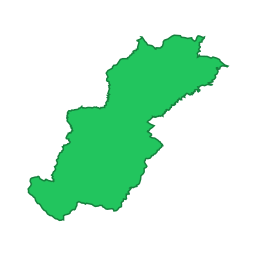 the district of Tello, Huila, Colombia, rotated 98°
{"feature_id": "7082276B21026196123050", "entity_name": "Tello", "entity_type": "district", "adm_level": 2, "iso_a3": "COL", "parent_name": "Colombia", "parent_adm1": "Huila", "projection": "robinson", "projection_center": [-75.095, 3.039], "detail": "fine", "context": "isolated", "style": "filled", "palette": "green", "viewbox_px": 256, "rotation_deg": 98, "n_neighbors": 0, "source": "geoboundaries", "source_scale": "gbopen_adm2", "svg_char_len": 5790}
<svg xmlns="http://www.w3.org/2000/svg" viewBox="0 0 256 256"><g transform="rotate(98 128 128)"><path d="M205.6,217.6L207.3,215.5L208.1,213.4L209.5,211.9L209.8,210.9L210.6,210.2L212.7,209.4L215.3,207.1L215.3,205.5L216.2,204.2L219.3,201.8L221.0,199.9L221.7,197.8L224.3,195.7L225.5,193.1L225.5,191.2L227.9,187.3L228.0,185.2L229.0,183.1L228.5,181.1L227.7,179.9L227.9,179.0L223.8,179.6L222.7,178.1L221.8,175.7L220.9,174.2L220.1,173.5L219.1,173.6L216.9,171.8L216.3,170.9L216.5,169.8L215.7,169.0L213.0,168.4L212.1,167.9L209.2,168.1L207.7,166.4L208.8,163.0L208.5,162.6L208.7,160.6L209.3,159.6L208.3,158.6L208.6,153.1L209.5,151.5L210.2,149.5L209.3,146.3L208.4,145.1L208.5,143.7L208.3,142.8L209.7,141.8L209.9,140.5L211.1,138.9L211.3,137.3L210.1,132.5L210.6,131.1L212.1,130.4L211.5,128.2L210.4,127.0L208.0,125.7L206.8,123.6L204.5,123.8L203.2,124.3L201.8,123.5L201.0,122.5L198.9,122.6L199.0,120.2L198.0,119.7L196.0,120.4L195.0,120.2L193.8,120.5L193.2,117.7L192.4,117.8L191.4,119.0L187.6,116.7L187.2,117.9L186.7,117.5L186.2,116.0L186.3,114.5L185.3,113.1L184.6,111.1L183.6,111.6L182.3,109.7L181.1,109.0L177.2,108.4L173.6,108.6L171.1,106.6L169.3,105.9L165.8,106.4L164.4,104.5L163.2,104.0L159.9,106.8L158.3,107.0L157.8,106.5L156.2,106.3L155.6,105.8L155.6,104.1L154.7,101.9L152.9,100.8L152.5,101.0L151.8,100.3L151.7,99.4L150.2,98.5L149.7,97.3L147.4,95.9L146.1,95.9L145.3,94.2L144.2,94.0L142.1,92.1L140.9,92.1L140.8,91.1L140.5,91.1L139.5,91.8L138.5,93.4L137.1,94.5L137.1,95.3L136.2,96.3L134.3,100.1L134.4,102.6L133.7,104.9L133.3,105.1L131.8,103.7L130.7,104.0L128.9,108.2L128.5,108.2L128.1,108.0L128.3,107.2L125.9,106.0L124.0,103.9L122.1,102.4L121.2,106.0L119.4,109.7L118.0,108.9L116.6,107.1L114.7,105.9L114.0,105.0L113.3,105.2L113.5,104.8L113.0,103.7L113.5,103.4L113.6,102.6L113.2,101.7L112.9,101.8L112.2,99.5L111.6,99.1L111.9,97.8L111.5,97.6L111.3,96.3L110.9,96.1L111.4,95.1L109.6,95.4L109.1,94.4L108.2,94.1L108.2,93.6L107.3,93.3L107.0,93.9L106.4,93.5L106.6,93.0L106.1,92.5L105.2,92.3L104.6,92.7L104.3,92.1L104.7,91.6L104.4,91.3L104.7,90.1L103.1,89.0L102.1,89.0L101.5,88.0L100.1,88.1L99.7,87.5L99.2,87.8L99.2,85.8L98.8,85.3L98.3,85.6L97.6,85.3L97.7,84.8L98.1,85.0L98.1,84.6L97.5,84.3L97.0,85.0L96.4,84.8L95.3,83.7L95.5,82.5L94.4,82.4L94.3,82.9L93.3,82.7L93.4,82.0L91.6,81.4L92.7,80.0L92.5,78.8L91.5,79.3L90.0,78.9L89.3,78.1L89.6,76.2L88.1,77.0L87.8,76.8L87.9,76.1L85.6,74.9L85.6,73.8L86.6,71.5L86.5,71.0L85.9,71.0L86.0,69.2L85.3,69.3L85.1,68.9L84.4,69.5L84.3,68.8L84.7,68.6L84.7,68.1L82.9,67.7L82.7,66.9L82.2,66.6L81.2,67.3L80.7,66.8L80.4,64.6L81.8,64.2L82.4,63.5L81.6,63.0L81.4,62.3L80.4,62.1L79.8,63.2L77.6,64.6L77.5,64.2L77.9,63.5L76.3,62.3L75.5,60.9L75.2,59.9L75.4,58.0L73.7,55.2L74.0,52.1L73.7,51.0L73.4,50.7L73.1,51.2L73.1,53.6L72.1,54.6L70.5,50.5L70.1,50.4L69.0,51.4L67.9,49.6L66.1,48.4L65.4,48.3L63.6,49.2L62.1,47.4L59.7,46.7L58.3,47.2L57.0,48.6L56.0,48.7L55.8,47.6L56.7,47.2L57.2,46.5L56.7,45.4L54.8,45.2L53.7,44.1L53.3,42.9L53.2,39.6L53.6,38.3L52.8,37.6L52.2,40.9L49.1,45.9L47.5,46.9L46.5,49.9L45.9,53.8L47.0,54.9L47.1,56.0L46.1,59.6L47.0,66.9L46.4,67.3L47.1,67.4L48.2,69.0L46.0,68.9L44.6,69.9L42.7,68.9L42.0,67.3L41.4,67.6L40.6,68.9L39.6,68.8L37.9,67.7L37.3,67.9L36.8,68.7L36.1,69.1L35.0,68.8L33.7,69.3L33.2,68.9L32.4,66.7L30.6,67.0L30.3,66.2L29.5,66.0L28.6,65.1L27.3,65.0L28.0,66.1L27.0,69.7L27.0,71.4L28.5,72.3L31.9,73.0L32.8,74.2L31.1,77.1L30.1,77.2L29.8,77.6L31.0,81.4L30.6,84.3L30.7,87.8L29.3,89.0L29.7,95.2L31.0,97.3L34.3,100.8L36.0,104.2L37.8,105.1L39.3,104.8L41.8,105.2L43.0,105.8L43.0,106.3L43.9,106.6L44.3,107.3L44.7,111.3L46.0,111.4L45.7,112.5L44.9,113.0L43.5,115.0L43.1,116.1L43.0,120.1L40.8,121.9L40.0,123.2L36.0,126.7L36.0,127.6L36.7,126.8L37.3,127.1L38.5,128.5L40.0,131.2L40.4,131.0L40.7,129.5L41.8,129.0L46.6,129.7L48.3,129.2L48.9,130.7L49.7,130.5L50.2,130.8L50.4,132.4L51.4,133.6L52.8,132.8L53.5,134.3L55.0,134.7L55.6,135.9L57.5,136.7L58.5,138.2L59.4,138.0L60.1,142.9L61.2,145.1L66.7,147.7L67.4,148.8L68.0,151.0L69.1,151.3L69.6,151.8L71.0,151.8L73.9,155.8L76.7,157.2L80.3,154.8L82.0,155.8L83.7,155.8L84.6,155.0L84.5,153.9L85.0,153.2L86.4,153.0L87.9,151.8L88.7,153.0L89.9,152.3L90.8,152.4L91.3,151.7L96.8,152.7L97.3,151.0L98.6,152.0L98.7,152.7L99.6,151.5L100.5,151.4L100.8,151.9L100.6,152.6L100.8,152.8L102.0,151.3L103.1,152.2L104.0,151.6L104.4,152.6L106.2,153.4L108.2,152.7L109.1,154.3L110.9,154.0L111.0,155.7L111.6,156.7L111.4,157.6L112.8,158.5L112.1,160.1L112.2,161.5L111.6,162.0L112.0,162.8L112.0,164.4L113.2,166.4L112.9,167.3L113.2,170.5L114.3,173.2L114.1,174.7L114.5,175.2L114.4,175.5L113.7,176.6L113.1,176.8L115.0,178.2L115.1,179.2L115.8,179.4L116.6,180.5L117.4,183.5L117.9,184.1L118.2,186.4L119.1,186.9L119.1,188.9L120.1,189.6L121.3,190.0L121.9,189.2L122.3,189.9L123.1,189.7L124.0,190.1L124.9,189.6L125.6,190.0L126.2,189.1L126.8,189.9L128.0,189.1L129.4,189.3L133.6,184.7L134.1,185.2L134.9,184.2L135.4,184.4L135.7,183.7L136.1,184.0L136.6,183.1L137.7,183.1L138.4,182.5L138.9,183.4L140.6,183.8L140.5,184.6L140.7,185.0L141.3,184.9L141.5,186.4L142.9,186.5L143.5,187.1L146.4,187.9L147.1,187.5L147.3,185.0L148.7,184.9L149.6,183.5L150.4,183.4L151.4,184.1L152.1,185.5L152.5,185.5L153.3,186.7L154.0,189.2L155.2,189.2L155.8,190.3L156.7,189.4L158.7,189.1L159.9,190.3L160.9,190.1L162.3,192.2L164.2,192.4L165.8,193.3L167.7,192.7L169.5,194.3L170.4,194.2L171.3,193.3L173.7,193.0L175.1,194.1L175.8,194.2L176.4,195.3L178.7,194.0L179.3,194.1L180.8,194.7L182.0,195.8L184.0,196.1L185.3,197.1L186.4,195.6L187.9,196.2L189.0,195.2L189.1,194.4L191.2,194.1L191.4,194.4L191.0,195.2L191.6,196.7L191.2,197.8L191.2,199.3L190.2,202.0L190.5,202.6L191.3,202.4L191.9,203.5L191.9,204.6L190.5,208.1L188.7,209.3L188.4,210.3L189.1,211.0L189.6,213.2L191.1,216.6L192.1,217.4L194.3,217.5L196.9,215.9L198.8,216.3L202.3,218.4L204.0,217.7L205.6,217.6Z" fill="#22c55e" stroke="#15803d" stroke-width="1.5"/></g></svg>